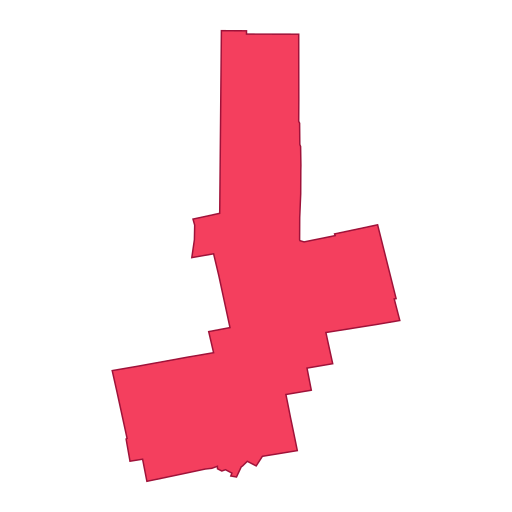 outline of Penobscot, Maine, United States of America
{"feature_id": "52423323B50427589653668", "entity_name": "Penobscot", "entity_type": "district", "adm_level": 2, "iso_a3": "USA", "parent_name": "United States of America", "parent_adm1": "Maine", "projection": "natural_earth1", "projection_center": [-68.652, 45.52], "detail": "fine", "context": "isolated", "style": "filled", "palette": "rose", "viewbox_px": 512, "rotation_deg": 0, "n_neighbors": 0, "source": "geoboundaries", "source_scale": "gbopen_adm2", "svg_char_len": 992}
<svg xmlns="http://www.w3.org/2000/svg" viewBox="0 0 512 512"><path d="M377.6,224.8L334.6,233.9L335.2,235.6L304.1,241.9L300.0,240.7L299.6,239.9L299.7,217.6L300.7,194.0L300.8,169.9L300.9,165.5L300.6,146.5L299.8,144.5L299.6,123.2L298.7,121.3L298.8,100.3L298.7,34.2L246.5,34.1L246.5,30.8L221.4,30.7L219.8,205.3L219.7,213.3L193.0,219.1L194.7,225.2L194.4,239.8L191.8,257.6L213.6,253.8L218.8,275.6L230.0,327.6L208.7,331.6L213.6,352.7L187.8,357.1L137.3,366.3L112.2,370.6L117.2,392.9L127.1,438.5L126.1,439.0L130.0,461.2L142.6,459.2L146.9,481.3L171.9,476.1L181.4,474.1L205.4,469.0L211.8,468.3L217.4,466.3L217.5,468.8L221.8,471.0L225.5,469.7L231.9,473.1L230.8,476.0L236.5,477.0L241.2,466.9L242.6,465.9L247.3,461.3L256.2,465.9L262.4,456.3L280.3,453.4L297.3,450.6L295.3,440.7L291.6,422.8L290.6,418.1L287.8,403.9L285.9,394.5L311.3,390.2L307.0,368.1L332.7,363.7L327.6,340.5L325.9,332.5L376.4,324.5L399.8,320.5L394.2,298.9L396.1,298.6L377.6,224.8Z" fill="#f43f5e" stroke="#9f1239" stroke-width="1.5"/></svg>